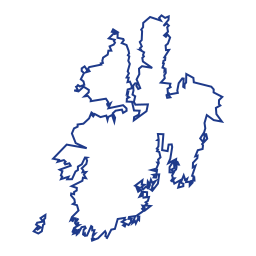 outline of Bø nor, Nordland, Norway
{"feature_id": "86288312B44209185687579", "entity_name": "Bø nor", "entity_type": "district", "adm_level": 2, "iso_a3": "NOR", "parent_name": "Norway", "parent_adm1": "Nordland", "projection": "mercator", "projection_center": [14.6, 68.718], "detail": "fine", "context": "isolated", "style": "outline", "palette": "blue", "viewbox_px": 256, "rotation_deg": 0, "n_neighbors": 0, "source": "geoboundaries", "source_scale": "gbopen_adm2", "svg_char_len": 5818}
<svg xmlns="http://www.w3.org/2000/svg" viewBox="0 0 256 256"><path d="M206.2,134.2L203.8,134.1L204.7,136.3L203.1,142.1L200.2,138.4L204.1,132.4L205.3,128.4L204.5,123.0L206.8,115.1L213.7,120.1L221.9,121.6L216.4,114.1L215.9,107.9L220.3,105.5L218.9,104.1L219.0,100.1L222.3,96.9L213.6,92.4L213.7,89.4L211.3,86.7L193.8,82.3L193.4,77.9L186.3,74.0L186.1,82.5L184.5,84.4L184.5,87.6L183.2,86.8L183.7,78.6L182.3,78.4L178.7,83.2L177.3,90.5L177.8,92.9L170.1,94.3L168.9,95.6L170.3,97.3L167.2,97.8L166.5,95.1L169.8,93.2L167.9,93.4L167.5,88.8L170.6,87.1L169.8,85.9L170.4,83.7L160.8,82.6L164.8,78.2L164.2,75.3L165.8,72.9L165.6,70.0L164.4,71.2L164.6,68.3L162.5,67.6L163.9,63.5L163.0,63.2L163.5,60.8L165.1,60.1L165.3,57.6L164.3,57.4L169.1,49.9L166.0,50.1L165.6,45.5L167.9,43.6L170.1,37.5L167.6,34.6L165.9,36.8L164.1,35.4L168.0,31.7L167.2,27.3L168.8,25.6L166.8,23.7L163.5,25.9L168.5,19.8L168.7,16.4L165.1,17.9L161.5,15.4L159.1,17.9L160.8,20.6L150.1,17.0L143.2,22.9L143.1,27.2L141.2,29.7L142.1,31.1L141.7,40.1L139.8,42.0L141.8,46.4L140.0,48.2L141.1,49.9L139.9,49.9L144.1,52.3L143.0,55.0L143.9,56.4L142.3,57.9L142.9,61.5L152.2,67.9L142.0,66.2L139.0,68.7L139.3,74.2L136.6,79.4L140.2,88.1L138.2,89.0L136.3,85.8L137.6,83.3L135.2,83.3L133.1,85.7L133.5,90.5L132.5,94.6L135.2,96.3L133.9,101.8L135.4,104.7L147.9,104.4L146.5,111.2L133.8,120.4L134.1,117.1L138.8,114.6L139.6,110.7L134.0,110.5L132.0,101.8L126.7,101.6L126.9,98.5L129.1,97.3L127.4,96.3L128.1,92.7L126.9,93.7L127.7,89.5L131.4,88.4L131.8,86.1L129.9,81.6L127.5,82.1L128.7,77.7L126.6,77.5L128.9,73.3L127.7,71.4L129.8,63.9L128.3,60.8L129.3,56.4L127.9,55.2L129.1,53.5L128.6,50.8L126.5,45.0L121.7,43.1L123.8,40.2L123.3,39.0L117.5,37.8L117.7,33.2L113.9,34.2L117.7,32.2L113.1,29.4L111.9,31.8L114.9,32.3L108.8,38.4L114.7,39.8L113.9,41.0L115.0,42.7L113.7,44.6L109.6,46.4L111.3,50.7L108.4,50.7L107.7,54.6L103.1,57.6L102.3,60.9L102.9,62.9L100.8,63.4L101.3,64.6L89.2,67.1L88.0,68.8L89.5,71.2L85.9,72.3L87.4,70.5L84.6,66.4L81.7,68.4L81.7,71.0L84.0,73.0L80.8,79.3L83.5,81.4L84.3,84.8L79.9,86.5L77.3,84.6L78.0,85.8L76.1,86.8L78.0,90.2L74.2,90.5L78.5,91.4L83.6,86.7L88.8,89.9L88.7,92.3L84.4,96.4L87.8,95.9L90.9,99.3L90.7,101.2L105.9,98.7L108.3,102.3L107.1,104.0L107.6,105.4L110.5,103.4L108.4,108.3L123.1,105.2L126.5,108.4L126.6,110.8L123.1,112.9L121.9,109.6L115.6,110.7L112.8,113.3L115.1,117.7L114.3,121.8L112.0,115.0L108.2,117.0L107.5,119.9L106.3,115.6L100.5,117.1L94.7,114.0L93.2,116.4L92.1,115.2L93.1,113.7L91.5,112.5L89.1,118.4L83.4,123.7L77.6,124.5L77.6,126.7L74.0,128.4L71.9,133.5L75.7,143.1L86.7,148.2L66.7,144.6L53.1,158.7L58.9,159.9L57.7,161.8L63.9,160.1L65.6,161.7L64.4,163.1L65.2,164.4L69.3,163.3L70.7,165.7L59.7,169.7L62.4,171.2L60.9,175.5L62.2,176.5L61.0,179.1L68.5,176.8L67.2,179.3L72.0,179.2L75.5,171.5L77.9,170.1L77.9,166.6L81.8,164.3L85.0,157.5L86.9,157.7L86.0,158.2L87.1,160.6L86.3,164.0L81.7,168.4L83.4,170.5L82.5,172.3L86.1,172.0L83.8,174.6L86.0,178.2L82.9,177.7L82.4,180.8L71.6,186.2L76.8,187.9L76.7,190.5L74.1,192.0L74.1,194.2L71.2,193.5L71.0,195.4L74.4,199.4L74.9,202.6L72.9,204.0L77.0,205.2L78.5,210.5L72.0,217.0L70.7,220.1L72.7,218.9L72.4,221.9L74.0,218.1L75.7,218.4L75.3,221.2L78.4,218.5L75.1,223.1L76.3,224.9L78.7,222.1L77.1,225.1L78.9,225.1L74.1,228.0L72.3,232.5L76.4,228.9L73.5,233.7L76.6,232.7L76.7,234.6L77.5,233.9L76.8,230.6L79.1,229.7L78.1,231.2L78.9,232.3L81.6,227.2L84.9,226.5L85.7,228.1L83.8,229.5L83.1,233.9L84.1,233.9L82.9,235.5L84.8,233.6L85.1,235.8L87.0,235.5L91.2,226.1L92.2,226.8L92.2,230.4L94.4,230.2L93.1,234.3L94.9,233.8L92.7,236.2L92.5,238.1L93.6,238.6L91.8,239.1L92.1,240.6L98.0,238.3L105.1,231.2L106.0,233.1L105.4,236.2L107.1,237.1L106.6,238.8L111.3,229.6L114.9,228.9L117.7,219.0L124.7,217.9L124.2,219.0L125.4,219.7L121.8,221.9L125.7,223.7L123.1,225.3L124.8,226.4L125.8,223.7L128.6,225.0L131.7,221.0L131.0,220.5L131.6,218.9L129.9,218.9L131.1,218.0L128.6,218.5L129.0,217.0L135.2,216.1L132.6,223.0L135.0,221.1L135.8,223.5L137.9,219.0L139.1,220.1L139.3,216.6L137.5,216.6L137.3,215.2L143.8,210.7L142.1,208.8L143.5,207.6L142.4,205.6L144.2,205.9L145.1,210.3L150.6,206.0L145.0,205.4L147.1,203.7L145.6,202.3L147.9,200.9L149.0,197.0L142.5,197.8L147.0,196.8L147.1,192.2L142.9,191.9L142.8,195.6L139.5,196.7L142.0,192.0L140.7,189.8L138.2,191.7L136.9,188.4L138.9,189.4L139.7,187.8L135.1,185.7L142.4,180.2L141.7,184.5L144.3,184.8L141.4,187.2L143.0,188.6L142.5,190.0L146.0,186.6L147.6,188.0L148.0,185.6L149.0,187.5L149.8,185.3L147.5,185.2L147.8,181.5L149.6,184.2L150.9,179.7L152.2,182.7L155.4,181.1L152.4,185.5L152.1,187.8L153.2,188.1L150.8,189.6L152.3,190.8L157.9,183.6L159.2,174.4L156.9,174.5L156.0,177.6L153.6,177.4L154.5,175.4L153.3,174.8L156.4,174.3L157.2,169.0L155.9,171.2L151.3,170.0L156.4,168.6L158.3,164.0L157.3,162.6L158.7,162.6L158.1,159.6L160.5,157.3L159.2,151.9L157.0,151.2L158.0,149.5L156.8,148.7L158.4,146.5L158.7,140.3L157.4,140.1L158.6,139.1L157.9,134.0L163.4,134.2L162.1,150.1L167.6,151.1L168.6,144.6L171.7,144.4L172.2,147.0L170.3,158.6L168.3,163.2L176.1,159.1L175.7,163.2L177.5,162.0L178.8,164.6L175.4,164.6L176.6,166.8L176.1,169.4L173.5,171.8L171.3,169.7L174.4,168.0L173.9,162.2L172.7,162.4L169.6,167.0L169.5,172.3L173.7,172.6L172.1,175.4L172.9,178.3L171.2,180.7L171.9,181.2L173.2,178.3L174.6,178.3L173.2,179.9L174.3,183.6L180.3,180.2L178.2,187.6L183.3,186.2L183.4,183.8L180.8,182.6L183.7,175.4L185.2,179.7L184.4,180.7L187.2,178.7L186.1,182.1L191.6,181.5L189.7,183.3L189.7,185.7L192.6,182.6L191.7,180.9L194.5,180.6L194.3,178.0L193.3,178.7L193.6,176.3L192.1,175.8L195.5,165.7L192.8,167.4L193.0,162.8L197.3,158.2L197.6,155.6L195.3,156.3L197.8,150.2L202.6,149.0L203.0,145.3L202.1,144.1L207.2,138.7L206.2,134.2ZM45.4,214.9L40.5,218.1L43.0,221.6L37.2,222.7L36.1,224.6L40.6,227.4L36.8,230.1L37.8,228.9L37.3,227.2L33.7,231.3L38.3,233.5L41.8,231.3L43.1,224.8L44.4,224.0L43.8,219.5L45.2,218.2L45.4,214.9Z" fill="none" stroke="#1e3a8a" stroke-width="2"/></svg>